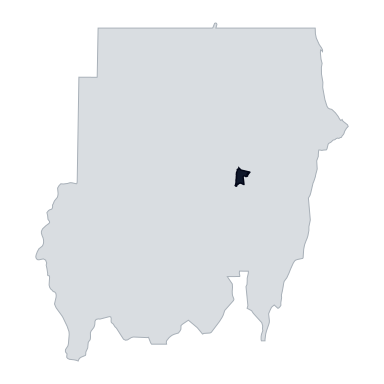 location of Bahri, Khartoum, Sudan
{"feature_id": "16777658B15021592307574", "entity_name": "Bahri", "entity_type": "district", "adm_level": 2, "iso_a3": "SDN", "parent_name": "Sudan", "parent_adm1": "Khartoum", "projection": "equal_earth", "projection_center": [32.683, 15.975], "detail": "fine", "context": "in_parent", "style": "filled", "palette": "ink", "viewbox_px": 384, "rotation_deg": 0, "n_neighbors": 0, "source": "geoboundaries", "source_scale": "gbopen_adm2", "svg_char_len": 5558}
<svg xmlns="http://www.w3.org/2000/svg" viewBox="0 0 384 384"><path d="M265.0,340.8L261.4,340.8L261.1,339.7L261.1,336.6L261.5,334.3L262.8,330.7L262.5,328.7L262.7,325.8L261.7,322.6L253.3,313.3L251.6,310.7L247.1,308.3L247.9,305.7L246.0,286.6L247.0,284.5L247.2,281.1L247.2,278.2L248.3,273.3L248.4,271.2L239.5,271.1L239.3,273.2L239.8,275.6L239.7,276.5L227.3,276.6L232.3,284.0L232.5,287.3L232.2,291.4L232.3,294.0L232.6,295.7L233.9,299.1L233.8,299.7L233.5,300.5L224.7,310.5L223.2,315.1L222.0,317.5L219.4,321.6L211.3,332.3L210.0,333.0L203.9,333.4L203.3,333.6L202.8,334.1L202.5,334.0L197.3,327.7L188.4,320.2L182.6,324.1L181.0,325.5L180.9,329.2L180.0,331.0L178.4,333.0L174.1,334.3L171.8,335.4L169.2,337.5L166.5,340.9L166.3,342.7L166.6,344.2L151.6,344.2L150.7,342.9L148.5,337.3L147.0,337.6L133.4,337.0L131.4,337.5L127.5,339.9L125.5,340.2L123.5,339.2L116.4,328.1L114.9,326.7L113.3,324.1L111.8,322.9L111.2,322.1L111.1,320.9L111.2,318.4L110.7,316.9L109.5,316.6L99.9,319.1L98.5,318.9L96.5,319.3L95.8,319.8L95.0,321.2L94.8,324.3L94.5,325.8L93.8,327.5L91.0,331.2L90.4,332.9L90.5,337.0L90.3,339.1L89.9,340.1L88.6,341.7L88.2,342.6L87.7,348.0L86.2,351.2L85.8,352.3L85.7,354.6L85.4,355.4L81.1,357.2L79.4,358.4L78.4,360.2L78.2,361.0L76.3,360.3L73.9,359.8L69.4,359.3L67.6,358.4L66.7,357.2L67.0,353.9L66.6,353.2L65.9,352.7L65.4,351.3L65.5,349.6L67.9,345.9L68.4,343.9L69.2,334.5L69.0,331.7L67.2,326.4L62.9,317.4L61.8,315.6L56.4,308.2L55.8,307.1L54.5,304.0L56.1,297.1L56.2,295.2L55.8,293.2L54.5,291.8L53.3,291.6L51.7,289.8L50.6,288.9L49.7,287.3L49.1,285.0L49.6,277.0L49.4,275.9L48.0,275.6L47.6,275.0L47.7,273.5L47.0,268.9L46.2,265.1L46.7,263.0L45.6,260.1L43.4,258.9L39.0,259.8L37.7,259.7L36.8,259.1L36.1,258.1L35.8,256.8L36.1,255.0L37.4,251.5L39.0,248.7L42.2,246.2L43.0,244.8L43.5,243.3L43.6,241.5L43.5,239.7L43.1,238.0L42.2,235.8L41.4,233.2L41.4,231.5L41.9,230.2L42.7,228.7L45.9,225.7L49.1,223.3L49.6,222.4L49.5,221.4L48.0,219.3L47.6,215.4L46.9,212.6L48.5,210.6L49.7,209.8L51.6,209.2L52.3,208.3L52.6,206.7L52.5,205.1L53.2,203.9L54.2,201.4L54.9,200.3L57.4,197.3L57.9,195.4L58.1,193.6L57.6,188.1L59.0,185.7L60.8,183.8L63.4,184.0L67.4,183.5L70.1,182.7L72.0,182.8L76.4,183.8L76.9,183.4L77.2,181.9L78.9,77.2L97.0,77.3L97.2,77.1L98.1,28.1L211.8,28.1L212.8,27.9L214.6,23.4L215.3,23.0L216.5,23.3L216.9,24.4L215.9,28.1L315.2,28.1L315.4,33.7L316.3,38.1L319.2,44.5L321.6,48.0L322.5,49.9L322.6,50.7L322.5,51.6L321.7,50.6L320.5,50.0L320.4,53.0L321.0,59.1L322.1,63.4L321.4,67.4L321.5,74.2L322.9,82.3L322.7,87.5L324.9,99.6L327.0,106.3L328.1,108.0L329.4,108.8L331.8,109.4L335.4,112.8L338.2,116.5L339.2,118.4L340.6,120.4L341.5,120.1L342.1,119.5L343.0,121.2L347.5,124.8L348.2,126.5L346.6,128.1L344.8,131.0L343.9,133.6L343.4,134.5L342.0,136.1L341.7,136.9L341.1,137.5L340.4,137.5L338.9,138.4L337.5,138.1L336.1,138.6L335.6,139.2L334.5,139.8L333.1,140.1L330.8,142.3L328.7,143.4L328.1,144.3L327.0,148.8L326.3,149.9L323.3,150.1L321.8,150.4L319.8,150.0L318.8,150.0L318.6,151.0L318.3,154.8L318.3,156.4L316.7,160.8L317.2,169.0L315.6,175.1L315.4,176.6L313.8,181.4L313.0,183.2L310.9,192.3L310.1,195.1L308.4,198.1L310.3,220.0L308.9,226.7L308.9,230.4L307.9,235.8L307.1,238.3L305.8,241.4L304.6,244.7L303.7,249.2L303.1,257.7L302.7,258.4L297.4,259.5L295.7,260.1L294.6,261.0L293.2,263.2L290.5,269.2L289.1,272.8L286.8,277.8L284.2,281.3L283.7,283.1L283.2,286.3L282.3,291.3L281.4,295.0L281.6,297.9L280.8,302.9L280.9,305.3L280.0,306.7L278.7,308.0L277.9,308.3L274.2,305.0L271.5,307.3L269.9,310.6L268.6,313.8L269.4,320.8L269.3,322.4L268.9,324.0L266.5,330.9L265.7,334.0L265.0,339.5L265.0,340.8Z" fill="#d9dde1" stroke="#a8b0b8" stroke-width="1"/><path d="M249.8,172.2L249.7,172.1L249.4,172.0L248.8,171.9L245.8,171.2L245.0,171.0L242.8,170.5L241.4,170.2L241.0,170.1L240.7,169.8L240.7,169.7L239.7,168.8L239.6,168.7L239.4,168.5L239.3,168.4L239.2,168.3L239.1,168.2L238.9,168.0L238.9,168.3L238.9,168.5L238.9,168.8L238.8,169.0L238.7,169.1L238.4,169.2L238.3,169.3L238.2,169.3L237.9,169.3L237.7,169.4L237.5,169.5L237.4,169.4L237.3,169.5L237.3,169.8L237.4,170.0L237.4,170.4L237.4,170.5L237.3,170.8L237.2,171.0L237.1,171.3L237.0,171.6L236.9,171.8L236.8,172.0L236.7,172.2L236.6,172.4L236.6,172.5L236.6,172.9L236.5,173.1L236.5,173.3L236.5,173.6L236.5,173.8L236.4,174.0L236.4,174.3L236.4,174.6L236.4,174.8L236.4,175.0L236.5,175.4L236.5,175.7L236.5,175.9L236.5,176.3L236.4,176.4L236.4,176.5L236.4,176.8L236.3,177.1L236.3,177.3L236.4,177.6L236.5,177.7L236.6,177.8L236.6,178.1L236.5,178.3L236.4,178.3L236.4,178.6L236.2,178.8L236.2,179.1L236.1,179.4L236.2,179.5L236.2,179.9L236.1,180.2L236.1,180.3L236.0,180.5L236.0,180.8L236.0,181.1L236.1,181.3L236.1,181.5L236.1,181.8L236.1,182.0L236.0,182.3L236.0,182.5L236.0,182.9L236.0,183.2L235.9,183.5L235.9,183.8L235.8,184.0L235.7,184.0L235.6,184.4L235.6,184.6L235.6,184.8L235.5,185.1L235.5,185.3L235.3,185.5L235.5,185.7L235.5,185.8L235.6,186.0L235.8,186.0L236.0,186.0L236.2,185.9L236.3,186.0L236.4,185.9L236.6,186.0L236.7,185.9L236.8,185.8L236.9,185.5L236.9,185.2L236.9,184.8L236.8,184.3L237.1,184.3L237.6,184.3L237.8,184.3L238.0,184.3L238.1,184.1L238.1,183.9L238.2,183.7L238.3,183.6L238.5,183.6L238.8,183.6L239.3,183.3L239.9,183.1L240.8,183.1L241.0,183.1L241.4,183.3L242.4,183.8L243.1,184.2L243.5,184.4L243.9,184.4L243.9,184.1L243.7,182.2L243.4,179.4L243.3,178.9L243.1,177.2L243.2,176.4L243.6,176.0L244.4,175.9L245.2,176.1L245.7,176.5L246.2,176.5L247.2,176.2L247.5,176.0L247.6,175.5L247.4,175.1L247.1,174.7L247.1,174.4L247.2,173.9L247.5,173.5L247.8,173.4L247.9,173.7L247.8,174.0L247.8,174.3L248.2,174.3L248.3,174.1L249.8,172.2L249.8,172.2Z" fill="#0f172a" stroke="#020617" stroke-width="1.5"/></svg>